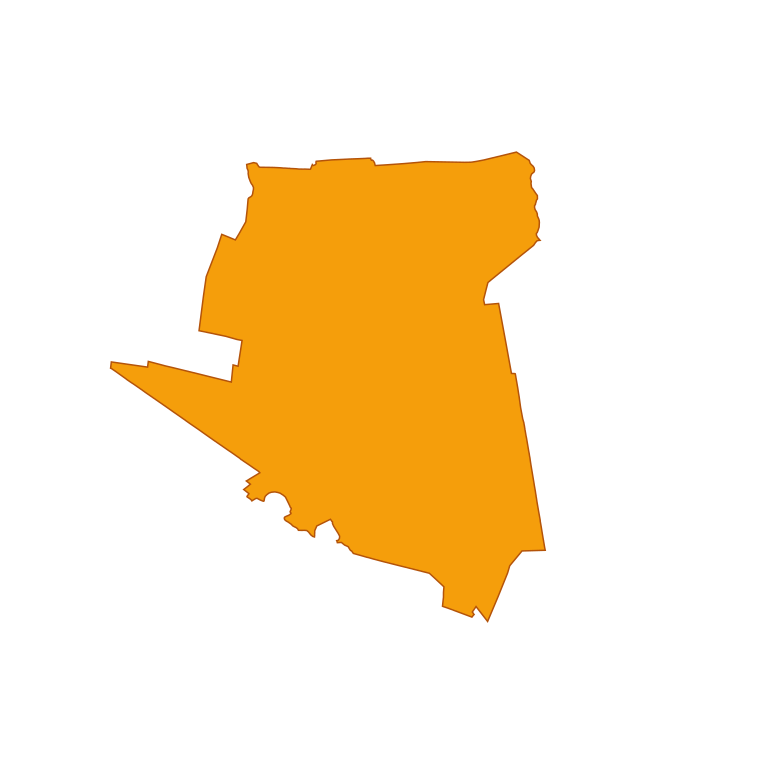 Finta, Dâmbovita, Romania (Robinson projection), rotated 62°
{"feature_id": "2599482B9190756992949", "entity_name": "Finta", "entity_type": "district", "adm_level": 2, "iso_a3": "ROU", "parent_name": "Romania", "parent_adm1": "Dâmbovita", "projection": "robinson", "projection_center": [25.777, 44.797], "detail": "fine", "context": "isolated", "style": "filled", "palette": "amber", "viewbox_px": 768, "rotation_deg": 62, "n_neighbors": 0, "source": "geoboundaries", "source_scale": "gbopen_adm2", "svg_char_len": 5138}
<svg xmlns="http://www.w3.org/2000/svg" viewBox="0 0 768 768"><g transform="rotate(62 384 384)"><path d="M473.1,528.1L474.7,525.2L475.8,523.0L477.1,521.0L479.2,520.1L482.8,519.5L485.1,518.5L486.4,517.2L485.1,516.3L484.0,515.8L483.0,515.1L481.1,514.1L477.8,510.0L478.3,494.8L480.8,494.5L481.4,494.2L483.1,495.0L486.1,495.2L494.1,494.6L497.5,494.6L499.4,495.8L500.5,497.6L500.1,499.3L500.5,499.3L502.2,499.7L503.9,496.0L507.7,494.4L510.8,492.0L513.5,491.9L515.3,491.7L516.1,491.0L519.2,490.6L525.8,483.7L529.2,480.2L529.7,479.5L533.5,475.6L541.0,467.5L551.5,455.9L556.0,450.9L572.4,432.8L576.4,431.4L591.2,426.3L595.9,429.3L600.2,431.6L601.2,432.3L607.7,436.7L608.0,436.5L611.7,433.0L613.6,431.3L631.1,415.8L629.9,413.1L629.9,412.7L627.7,412.9L627.0,413.1L626.8,413.1L624.3,408.3L623.7,407.2L642.3,404.0L625.3,383.1L608.9,363.6L603.5,358.3L596.2,340.5L606.5,319.7L604.1,319.0L599.0,317.3L598.5,317.2L597.6,316.8L596.2,316.4L587.9,313.6L584.7,312.5L584.1,312.3L582.9,311.9L578.3,310.4L577.8,310.1L567.9,306.9L559.7,304.2L556.1,302.9L554.4,302.4L554.1,302.2L551.3,301.3L551.1,301.2L550.6,301.0L543.0,298.5L542.5,298.3L524.0,292.1L519.2,290.4L518.8,290.2L518.4,290.1L517.3,289.7L515.9,289.3L513.7,288.5L511.4,287.8L498.5,283.5L496.7,283.0L491.0,281.1L490.6,281.1L490.2,280.9L489.1,280.4L488.8,280.4L487.6,279.9L487.0,279.8L486.7,279.6L485.2,279.2L484.2,278.8L483.8,278.7L480.0,277.9L469.1,274.5L463.9,272.6L458.8,270.7L456.7,270.0L455.5,269.6L450.1,267.7L440.0,264.4L438.9,264.0L438.2,263.8L436.7,263.3L436.3,263.5L434.5,266.5L428.2,264.5L406.9,257.7L366.7,245.0L361.2,257.9L356.3,256.5L348.2,249.2L343.2,244.6L342.4,240.9L334.8,202.5L331.8,186.8L330.3,184.0L329.4,181.6L329.8,180.2L330.4,178.8L327.8,179.3L326.9,179.6L324.5,179.6L322.7,178.9L322.1,177.5L320.6,175.8L318.3,173.4L314.0,170.8L313.6,170.7L312.5,170.2L310.9,169.9L307.7,169.7L305.8,168.8L303.8,168.5L300.9,168.7L298.8,168.2L297.1,167.2L296.7,166.1L295.9,165.6L295.2,164.8L293.3,163.1L292.6,161.6L289.6,160.1L286.9,160.5L281.1,161.1L279.9,161.5L275.8,160.0L274.4,158.9L271.3,158.3L269.4,156.9L267.9,155.1L267.2,151.9L266.1,150.8L263.8,150.0L261.8,150.1L259.3,151.0L257.7,151.3L254.7,150.8L241.4,158.2L233.1,190.6L231.0,197.4L229.5,201.8L229.0,203.1L226.2,208.6L220.2,219.4L212.2,233.8L207.2,242.8L204.1,250.4L198.9,262.6L195.9,269.4L193.4,275.0L191.4,279.5L187.0,289.2L185.6,288.9L184.4,288.5L183.7,288.6L183.3,288.6L182.8,288.5L181.6,288.8L180.9,289.1L180.6,290.0L179.8,290.1L179.1,290.1L178.4,289.8L177.0,292.4L176.0,294.7L172.8,301.4L169.3,308.6L167.8,311.8L164.6,318.6L161.6,324.9L161.0,326.3L155.5,339.3L155.8,339.6L156.1,339.9L156.5,340.1L157.0,340.2L157.4,340.3L157.6,340.6L157.8,340.9L157.9,341.2L158.1,341.8L158.1,342.3L158.0,342.8L158.0,343.2L157.9,343.8L157.7,344.1L156.7,344.3L157.0,344.6L157.6,345.5L158.2,346.1L158.7,346.7L158.9,347.0L159.7,347.9L159.8,348.1L159.8,348.3L159.7,348.5L156.9,353.3L156.5,354.2L154.6,357.6L154.5,357.9L152.6,360.7L149.7,365.6L149.3,366.0L149.1,366.5L148.5,367.5L146.9,370.0L146.6,370.5L146.5,370.9L145.8,371.9L144.3,374.2L143.0,376.4L141.1,379.6L138.7,383.9L134.6,391.4L134.1,392.1L133.5,392.4L132.9,392.5L132.3,392.6L131.4,392.7L129.4,392.8L127.3,395.2L125.7,402.2L127.8,403.0L129.1,403.6L131.8,403.8L133.4,404.5L134.5,405.2L136.9,406.0L138.0,406.4L142.5,407.0L144.6,407.1L146.7,406.8L149.2,407.0L151.0,408.0L152.9,409.6L154.3,410.6L155.6,412.0L156.1,413.5L156.1,414.3L156.2,416.0L156.8,417.1L162.5,420.8L165.3,422.6L175.9,429.9L183.4,441.6L187.0,447.6L181.3,452.3L175.7,457.0L185.5,467.2L205.8,490.6L221.7,502.2L250.1,522.3L267.7,501.2L275.6,493.0L278.9,488.9L283.1,492.0L299.4,504.2L299.8,504.5L296.3,508.3L310.6,517.9L297.6,532.4L295.0,535.3L286.8,544.4L284.9,546.5L284.5,547.0L282.8,548.9L270.4,562.8L265.6,568.3L261.6,572.6L257.9,576.6L253.4,581.5L258.1,584.8L236.5,614.4L241.7,618.0L242.1,617.6L242.8,617.2L247.4,614.8L258.1,609.5L259.5,608.9L264.5,606.3L265.5,605.7L269.9,603.4L278.2,599.2L278.7,599.0L301.6,587.2L310.5,582.7L322.6,576.5L322.7,576.4L323.1,576.3L323.9,575.9L324.3,575.7L327.3,574.2L336.9,569.2L343.3,566.0L344.7,565.3L354.4,560.4L369.7,552.5L371.9,551.3L375.2,549.6L378.6,547.9L381.5,546.4L382.5,546.0L383.7,545.6L384.0,545.3L386.6,544.0L392.4,540.9L397.7,538.2L399.5,537.2L401.6,536.1L402.5,535.7L403.0,535.5L403.3,535.5L403.7,535.4L404.1,535.3L404.4,540.3L404.6,544.2L404.7,546.4L404.8,547.7L404.9,548.6L405.0,551.1L409.7,549.0L410.5,552.7L410.6,553.4L411.3,557.4L417.2,554.8L417.5,554.8L418.8,557.6L419.2,557.9L419.6,557.8L420.8,557.1L422.8,556.1L423.7,555.8L424.6,555.5L425.2,555.5L425.1,554.9L424.9,551.0L425.1,550.4L425.4,549.7L428.4,547.7L430.2,546.2L430.8,545.6L431.0,545.2L430.9,544.8L429.8,543.9L428.6,543.0L427.5,541.7L427.3,541.2L426.9,540.0L426.8,539.8L426.3,536.8L426.7,534.2L428.1,530.9L430.0,528.6L431.6,527.0L435.0,525.1L437.6,524.1L441.8,524.2L447.0,524.4L449.3,524.6L450.0,524.2L450.4,524.3L451.3,525.1L452.6,526.8L453.4,527.0L454.3,526.7L454.8,527.1L455.2,529.7L454.9,532.5L454.9,534.2L455.5,535.0L457.1,535.4L459.0,534.7L461.0,533.4L464.2,531.8L466.4,531.2L467.8,530.3L469.7,528.9L471.2,528.3L471.7,528.2L472.7,528.3L473.1,528.1Z" fill="#f59e0b" stroke="#b45309" stroke-width="1.5"/></g></svg>